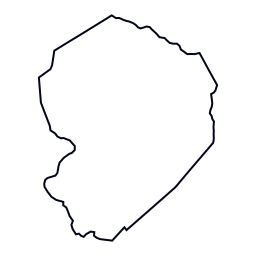 the district of São Rafael, Rio Grande do Norte, Brazil
{"feature_id": "56859067B29032329313667", "entity_name": "São Rafael", "entity_type": "district", "adm_level": 2, "iso_a3": "BRA", "parent_name": "Brazil", "parent_adm1": "Rio Grande do Norte", "projection": "mercator", "projection_center": [-36.882, -5.844], "detail": "fine", "context": "isolated", "style": "outline", "palette": "ink", "viewbox_px": 256, "rotation_deg": 0, "n_neighbors": 0, "source": "geoboundaries", "source_scale": "gbopen_adm2", "svg_char_len": 1308}
<svg xmlns="http://www.w3.org/2000/svg" viewBox="0 0 256 256"><path d="M40.9,102.6L49.8,125.9L50.5,130.4L55.1,133.4L57.4,136.5L61.0,138.3L63.7,138.0L66.0,139.0L69.8,140.4L72.2,143.2L74.8,146.1L74.7,150.1L71.7,153.0L69.3,153.8L63.7,157.9L59.6,162.6L58.5,166.4L57.4,172.9L55.4,175.6L47.5,178.0L45.2,180.0L44.2,183.7L44.5,186.8L47.5,191.7L51.5,196.9L56.4,200.0L63.3,201.9L63.2,205.2L66.2,207.4L67.3,209.8L69.6,216.0L72.9,220.8L71.4,224.9L72.7,229.2L76.0,234.3L79.0,233.7L81.2,235.9L83.7,236.8L86.2,234.1L90.7,231.6L94.3,232.1L94.0,235.7L96.7,237.8L100.0,239.1L103.8,239.6L112.2,240.6L124.4,227.3L126.5,230.1L160.7,200.2L175.5,187.1L190.3,169.5L213.1,142.9L213.7,140.2L213.8,137.4L213.6,134.5L213.8,131.5L213.5,127.5L213.9,121.5L212.4,119.1L211.5,115.7L209.8,113.4L210.5,109.7L211.7,107.0L212.3,103.5L211.7,98.4L211.1,94.1L213.8,92.6L215.4,90.5L217.1,85.1L210.5,73.2L199.5,53.0L194.6,54.1L191.4,54.0L187.2,54.1L184.5,52.1L180.9,49.5L179.4,45.7L176.9,43.7L173.1,43.7L169.7,42.9L167.1,40.6L164.7,38.1L159.5,37.2L156.3,33.5L154.1,31.5L151.7,29.3L149.7,27.1L146.5,26.5L143.4,27.6L140.7,28.4L138.1,27.4L135.6,24.8L133.1,23.1L128.8,21.4L126.3,20.9L123.5,19.9L119.3,18.0L115.9,18.1L111.7,15.4L83.7,32.7L68.9,41.7L54.3,50.7L52.1,65.2L50.4,69.2L38.9,77.5L40.9,102.6Z" fill="none" stroke="#020617" stroke-width="2"/></svg>